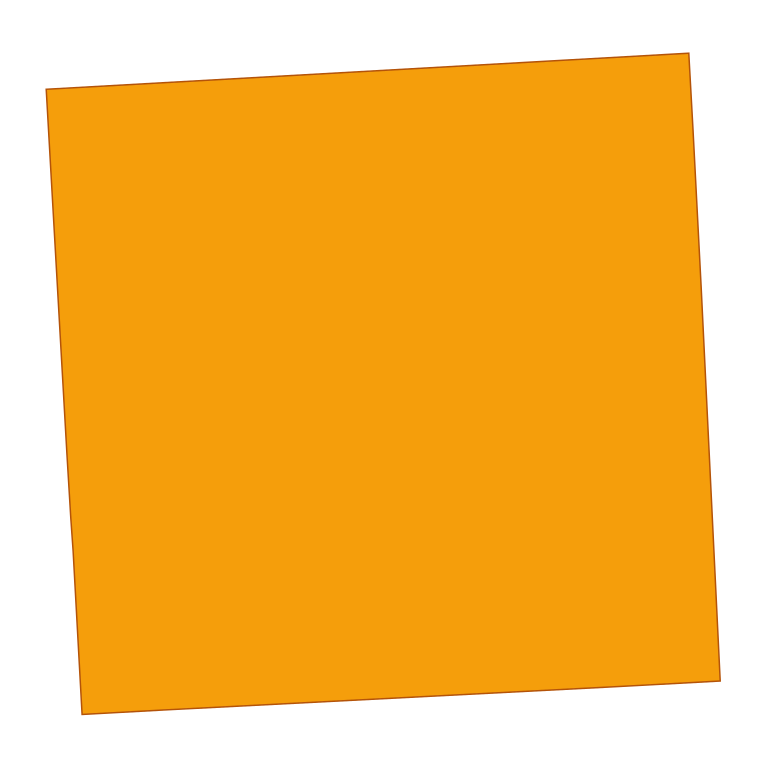 Leake, Mississippi, United States of America (Mercator projection), rotated 267°
{"feature_id": "52423323B43754399816629", "entity_name": "Leake", "entity_type": "district", "adm_level": 2, "iso_a3": "USA", "parent_name": "United States of America", "parent_adm1": "Mississippi", "projection": "mercator", "projection_center": [-89.51, 32.754], "detail": "fine", "context": "isolated", "style": "filled", "palette": "amber", "viewbox_px": 768, "rotation_deg": 267, "n_neighbors": 0, "source": "geoboundaries", "source_scale": "gbopen_adm2", "svg_char_len": 330}
<svg xmlns="http://www.w3.org/2000/svg" viewBox="0 0 768 768"><g transform="rotate(267 384 384)"><path d="M698.4,705.7L697.9,574.1L696.0,62.1L329.7,63.7L266.9,64.2L233.2,64.8L69.8,65.2L70.0,146.6L69.6,601.2L69.8,704.2L463.0,705.8L621.0,705.9L690.8,705.7L698.4,705.7Z" fill="#f59e0b" stroke="#b45309" stroke-width="1.5"/></g></svg>